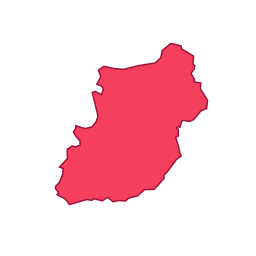 the district of Kajola, Oyo, Nigeria, rotated 44°
{"feature_id": "59680162B64506251287847", "entity_name": "Kajola", "entity_type": "district", "adm_level": 2, "iso_a3": "NGA", "parent_name": "Nigeria", "parent_adm1": "Oyo", "projection": "albers", "projection_center": [3.358, 8.018], "detail": "fine", "context": "isolated", "style": "filled", "palette": "rose", "viewbox_px": 256, "rotation_deg": 44, "n_neighbors": 0, "source": "geoboundaries", "source_scale": "gbopen_adm2", "svg_char_len": 1539}
<svg xmlns="http://www.w3.org/2000/svg" viewBox="0 0 256 256"><g transform="rotate(44 128 128)"><path d="M131.5,222.8L135.2,223.0L139.0,223.8L147.9,208.3L152.3,205.0L152.8,202.4L160.2,198.1L161.0,193.9L161.3,192.5L161.6,192.2L162.3,192.0L168.7,191.4L169.5,189.9L171.7,186.6L176.9,182.3L177.2,178.1L179.7,173.9L182.1,170.1L182.2,167.8L182.7,160.8L189.1,154.4L189.3,154.1L189.4,151.4L188.9,139.0L187.6,137.9L186.5,137.0L186.8,133.8L186.7,132.1L184.7,117.0L185.7,111.2L182.3,109.7L182.2,109.6L175.9,105.5L171.1,102.8L168.7,101.7L169.7,98.7L165.0,94.0L163.2,94.5L162.8,93.9L163.2,92.2L163.2,91.8L164.4,91.8L164.8,91.2L162.0,85.8L162.5,84.1L167.9,80.3L168.3,79.1L168.3,78.9L169.4,76.5L168.6,65.3L170.2,60.6L171.1,59.6L166.1,52.9L155.8,50.3L155.3,50.4L152.6,49.3L149.1,45.1L148.3,45.6L143.7,48.8L142.2,47.0L135.4,45.0L134.6,39.7L132.7,36.8L131.4,37.0L129.9,36.5L125.4,30.8L122.9,31.3L111.6,33.8L109.1,32.0L104.8,34.5L100.2,37.4L98.8,48.6L102.8,54.7L102.4,62.3L91.9,76.3L84.1,88.9L77.0,94.7L67.8,100.4L66.6,107.0L72.8,109.9L75.2,118.3L78.1,116.8L80.5,116.3L83.1,116.9L84.6,119.9L85.6,122.5L78.8,124.6L78.3,125.8L77.7,127.4L94.9,138.1L96.5,139.3L97.7,139.9L98.9,141.5L99.8,143.6L100.8,146.0L101.3,152.2L97.9,157.7L94.9,159.7L88.9,162.5L90.6,164.4L91.6,168.9L96.6,170.2L102.6,170.7L105.5,173.8L104.3,175.9L103.7,177.8L100.2,179.7L99.4,184.7L98.9,185.2L101.4,188.0L105.6,191.9L105.9,203.7L109.6,202.2L113.5,207.2L116.5,215.0L116.4,220.1L118.1,222.1L123.0,222.7L123.2,225.2L131.5,222.8Z" fill="#f43f5e" stroke="#9f1239" stroke-width="1.5"/></g></svg>